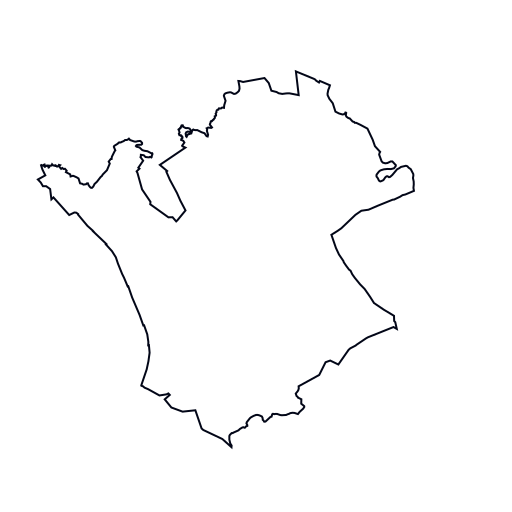 Lendžu pag., Rezeknes, Latvia (Mercator projection), rotated 69°
{"feature_id": "27541924B30394779880329", "entity_name": "Lendžu pag.", "entity_type": "district", "adm_level": 2, "iso_a3": "LVA", "parent_name": "Latvia", "parent_adm1": "Rezeknes", "projection": "mercator", "projection_center": [27.481, 56.572], "detail": "fine", "context": "isolated", "style": "outline", "palette": "ink", "viewbox_px": 512, "rotation_deg": 69, "n_neighbors": 0, "source": "geoboundaries", "source_scale": "gbopen_adm2", "svg_char_len": 6099}
<svg xmlns="http://www.w3.org/2000/svg" viewBox="0 0 512 512"><g transform="rotate(69 256 256)"><path d="M98.0,152.6L121.1,158.5L116.1,166.5L115.1,169.3L114.1,173.4L112.2,176.5L110.3,178.0L107.2,182.4L99.1,182.1L92.9,184.3L88.9,205.7L87.0,208.2L86.3,209.7L91.6,210.7L93.9,211.4L95.7,212.7L96.5,214.4L97.1,216.6L97.0,217.8L96.7,218.6L94.4,220.6L93.8,221.6L93.3,224.2L93.2,226.3L93.7,227.6L94.9,228.6L100.2,228.8L103.8,231.6L106.2,232.8L105.3,234.3L105.3,234.8L105.7,235.5L105.6,236.1L104.9,237.7L105.9,238.7L105.6,239.5L106.0,240.5L107.0,241.3L107.7,241.4L108.7,242.7L110.1,242.7L110.6,243.0L110.8,244.5L111.9,244.7L112.5,245.1L112.9,246.2L113.4,246.5L113.6,247.1L113.5,247.4L114.2,248.5L114.3,248.8L114.0,249.1L114.1,249.4L114.0,249.6L114.4,250.2L115.2,250.6L116.0,251.5L116.8,252.0L120.2,251.0L120.4,251.8L118.9,254.7L119.1,255.2L119.1,256.3L120.6,256.3L121.5,257.0L125.7,257.3L127.1,258.3L126.4,259.2L122.9,260.1L121.0,262.4L117.4,265.7L116.8,267.4L116.0,268.8L115.5,269.1L115.5,269.8L116.4,270.9L118.4,272.5L118.2,274.0L118.3,274.3L118.1,274.5L118.0,275.4L118.2,275.5L118.3,276.4L119.9,278.1L119.3,278.4L116.4,277.8L115.5,276.8L115.4,275.0L116.0,274.1L116.5,272.8L116.1,271.7L113.3,272.3L112.5,273.2L111.8,274.5L111.7,275.2L111.2,276.0L108.8,278.0L108.2,278.0L108.2,277.7L107.9,277.5L107.5,278.0L107.4,278.7L108.9,280.2L109.3,280.2L109.7,281.1L109.5,281.3L110.0,281.9L109.9,282.7L110.2,283.1L110.9,282.9L113.3,283.1L114.2,284.2L115.8,284.2L116.3,282.8L116.7,282.6L117.4,282.9L117.9,282.6L118.0,282.1L118.7,282.0L119.6,282.5L119.9,283.7L120.8,284.3L122.4,282.6L124.4,282.2L126.5,285.4L127.1,285.4L129.5,283.1L136.5,313.1L144.8,308.5L145.2,309.5L154.0,309.1L168.9,307.2L177.2,306.8L188.2,305.5L194.5,316.6L195.1,318.1L189.9,320.0L188.5,323.9L169.8,336.2L167.6,335.1L153.0,338.5L136.0,336.9L134.2,337.1L132.7,333.5L131.4,334.2L126.6,327.2L122.3,328.4L122.1,328.0L120.3,327.2L121.7,324.7L124.0,323.7L125.6,320.5L125.4,319.8L125.5,319.3L126.5,318.4L126.3,318.0L124.7,317.1L124.2,316.4L123.2,316.0L122.8,316.1L122.7,316.8L122.0,317.4L119.3,319.8L117.8,322.4L116.4,324.2L112.9,325.9L111.1,328.4L110.3,328.7L109.7,327.8L109.8,326.8L111.0,323.2L110.6,322.2L109.5,321.8L107.6,322.5L107.0,323.1L106.3,325.7L106.3,326.6L105.9,327.9L105.2,329.0L102.6,332.0L100.9,332.6L101.3,333.7L101.4,335.0L100.8,336.7L101.2,337.8L101.4,339.7L101.3,340.6L101.5,341.2L101.3,342.6L100.9,343.0L101.0,343.7L101.6,344.8L102.4,348.9L103.1,349.6L107.0,349.5L107.4,350.3L111.7,355.0L113.7,356.1L113.4,356.9L115.1,359.7L117.3,359.4L122.5,364.4L125.0,369.9L126.0,371.1L126.6,372.8L129.7,377.9L130.9,380.9L132.9,383.1L133.6,384.8L133.0,385.8L132.0,386.3L129.9,386.9L127.9,386.9L127.6,387.9L128.1,388.9L127.5,391.5L126.3,392.4L125.1,394.2L120.0,393.9L118.2,395.3L115.9,397.6L115.5,398.2L115.3,400.6L113.2,400.2L109.6,403.4L108.5,402.2L106.1,403.1L105.8,404.5L104.4,405.3L104.8,406.7L101.6,407.8L101.0,406.4L100.3,407.3L100.8,407.8L101.3,409.5L101.1,409.9L100.4,410.2L100.1,411.0L99.4,410.8L99.1,412.4L98.4,413.1L97.3,413.5L98.3,414.5L97.7,416.3L98.4,416.6L99.1,417.5L99.1,417.9L97.9,417.8L97.4,418.5L97.1,417.9L96.9,417.9L96.3,420.0L97.1,420.9L97.0,421.2L94.8,420.7L94.8,421.6L95.4,422.3L94.9,422.8L94.9,423.6L93.4,424.1L98.7,424.4L105.2,423.8L106.4,432.2L110.3,430.6L114.5,429.9L115.6,426.9L119.7,424.2L129.8,426.7L128.7,424.1L150.8,415.7L150.3,410.0L151.1,408.3L153.1,407.0L153.6,407.3L167.4,402.6L173.8,399.3L174.9,398.9L174.9,399.1L191.2,391.4L191.4,392.0L199.9,388.7L207.0,387.3L213.5,387.6L224.8,387.4L228.9,387.0L238.5,386.7L238.5,386.1L250.4,386.5L269.3,385.8L280.5,386.1L280.6,385.3L290.2,385.6L297.7,387.3L300.7,388.6L300.8,387.9L308.2,390.0L315.8,394.2L322.7,398.7L335.7,409.5L336.1,409.5L337.0,408.3L339.0,407.2L341.6,404.5L351.6,396.1L353.1,389.1L352.9,387.1L354.8,386.3L357.1,392.6L367.1,389.3L375.0,380.3L378.3,367.9L397.5,368.6L399.5,367.6L414.8,353.0L425.7,347.4L424.2,346.7L421.8,347.2L417.9,346.7L414.5,345.4L413.7,344.6L412.6,342.2L413.0,341.2L412.8,340.6L412.5,334.9L411.7,333.0L411.2,330.2L411.3,329.2L412.2,328.3L412.3,327.8L411.5,326.4L411.5,325.0L410.7,324.7L408.8,324.9L407.8,324.1L405.3,319.9L404.8,318.5L404.4,315.5L404.4,312.9L404.9,311.5L405.7,310.3L406.8,309.1L408.0,308.0L409.6,307.9L411.4,308.4L412.3,307.9L413.5,307.8L413.9,307.1L413.9,306.3L411.4,300.1L411.6,299.1L409.6,297.6L409.4,296.7L410.2,295.7L410.2,295.1L411.0,292.9L413.2,290.3L413.9,289.0L415.2,284.9L415.1,283.0L415.2,282.0L415.0,280.3L415.4,278.2L416.3,276.3L418.6,273.5L417.2,271.2L415.4,266.6L414.2,265.0L413.4,264.8L410.1,266.7L406.0,265.0L403.2,267.6L402.4,267.6L401.3,268.3L398.7,268.2L397.2,265.6L396.3,264.5L394.9,263.5L392.9,262.9L389.7,239.6L380.1,229.1L380.2,224.2L386.8,218.0L376.8,203.2L376.0,201.1L375.3,195.0L374.9,194.0L372.3,182.7L372.0,180.5L371.6,153.1L374.5,150.7L367.7,149.7L366.2,150.3L361.3,148.6L352.1,155.8L342.2,162.7L335.1,164.1L325.7,166.4L319.7,169.0L311.8,171.6L307.5,172.7L303.6,173.0L302.1,174.0L297.5,175.3L293.3,176.3L292.0,176.2L284.3,178.0L277.1,178.5L263.2,178.0L261.8,170.8L260.7,166.4L253.2,148.4L251.5,141.4L253.1,134.4L252.7,124.2L252.4,108.1L252.8,107.0L252.3,100.2L251.7,97.4L252.1,94.5L251.8,85.2L248.8,84.6L245.8,83.1L243.0,82.1L239.4,81.5L237.4,80.3L235.9,79.8L230.4,80.4L228.2,81.9L226.5,82.5L225.5,83.7L224.8,88.7L225.4,91.1L225.6,93.2L229.2,99.7L230.2,102.4L230.1,103.6L228.7,104.6L228.4,105.6L228.9,107.1L230.7,109.7L230.9,110.5L231.0,113.0L230.6,113.6L229.6,114.2L227.0,114.4L225.1,115.0L224.2,114.8L223.2,114.2L221.3,111.1L220.8,109.7L220.7,108.6L220.9,105.6L221.8,102.2L223.2,98.9L223.6,95.8L222.3,93.5L221.3,92.9L216.6,94.8L216.0,96.3L216.3,100.0L215.8,102.1L214.3,104.1L212.6,104.8L205.5,104.7L204.0,103.7L203.3,102.8L196.1,105.6L189.3,105.4L177.0,106.3L171.1,111.4L167.6,114.7L167.0,116.1L166.0,116.4L165.1,117.6L161.1,119.2L160.4,120.3L158.4,121.6L156.9,121.8L154.7,120.5L154.2,120.8L154.1,121.1L154.7,121.6L155.0,122.5L155.1,123.5L154.9,124.5L152.7,127.4L149.7,130.1L140.9,129.6L135.5,131.2L131.5,131.5L130.0,131.0L126.7,128.9L125.4,127.6L123.1,125.8L115.4,133.7L116.6,135.0L113.9,137.0L112.5,137.5L111.3,138.5L98.0,152.6Z" fill="none" stroke="#020617" stroke-width="2"/></g></svg>